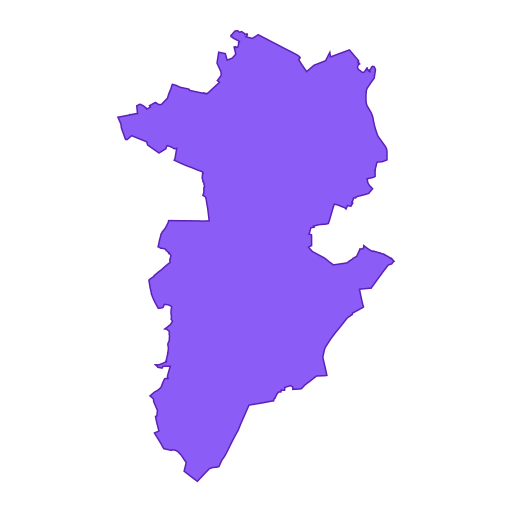 the district of Tumes pag., Tukums, Latvia
{"feature_id": "27541924B85005755814597", "entity_name": "Tumes pag.", "entity_type": "district", "adm_level": 2, "iso_a3": "LVA", "parent_name": "Latvia", "parent_adm1": "Tukums", "projection": "orthographic", "projection_center": [23.074, 56.953], "detail": "fine", "context": "isolated", "style": "filled", "palette": "violet", "viewbox_px": 512, "rotation_deg": 0, "n_neighbors": 0, "source": "geoboundaries", "source_scale": "gbopen_adm2", "svg_char_len": 5974}
<svg xmlns="http://www.w3.org/2000/svg" viewBox="0 0 512 512"><path d="M225.1,455.4L227.3,451.2L232.4,440.9L237.2,431.9L238.1,430.4L241.1,423.0L249.0,405.1L262.4,402.9L271.2,401.2L273.6,400.9L274.2,398.6L274.9,398.4L276.8,394.3L277.6,393.3L278.4,392.2L278.9,392.0L281.0,391.9L281.2,390.1L284.5,390.3L284.7,390.1L284.8,387.4L290.6,385.6L292.4,386.8L292.8,387.2L292.9,388.0L292.8,389.4L299.4,389.0L301.4,388.7L304.8,385.1L308.2,382.4L308.4,382.4L316.5,376.0L323.9,375.7L326.0,375.6L326.9,375.4L324.9,366.3L323.7,361.3L322.8,357.1L323.4,354.4L324.4,350.0L325.1,347.7L330.6,339.1L334.7,333.6L338.4,329.1L347.4,317.8L352.3,314.5L352.5,313.1L363.2,307.3L363.5,307.0L362.2,302.3L360.1,292.4L359.5,289.2L371.3,288.1L371.3,287.9L377.6,279.2L383.4,271.3L386.4,267.5L387.4,266.0L388.5,264.9L391.7,263.9L393.2,261.9L394.1,261.3L392.0,259.3L392.2,259.1L391.0,258.1L390.9,258.4L387.8,256.4L384.6,254.8L384.7,254.6L383.1,253.9L381.0,253.5L380.1,252.8L379.0,252.9L378.0,252.4L373.1,251.0L372.8,251.4L370.5,250.4L368.7,249.3L366.5,247.7L363.8,245.6L363.7,247.2L362.9,248.7L361.4,249.0L359.9,248.9L359.8,249.5L356.8,256.1L355.8,256.9L353.3,258.1L352.1,259.3L348.8,261.4L347.3,262.7L346.4,263.0L333.4,264.9L329.8,262.2L329.0,261.9L328.3,261.0L324.3,257.9L312.5,251.6L308.5,247.2L308.8,246.9L311.6,245.6L311.6,236.5L311.5,235.8L311.5,234.8L308.8,234.0L309.6,232.7L310.8,227.8L314.1,227.2L313.5,226.1L313.9,226.0L319.4,224.6L326.2,224.1L328.3,223.5L329.5,220.1L330.7,216.0L330.8,215.7L333.5,206.3L334.5,204.1L338.1,205.1L341.5,206.5L344.3,207.5L344.9,207.9L346.0,209.0L347.1,206.6L347.6,205.5L350.9,206.3L351.1,206.0L351.2,205.4L352.0,203.9L352.2,204.1L352.7,203.1L352.2,202.8L352.3,202.5L351.8,202.2L352.5,201.3L353.8,197.8L355.4,198.0L356.7,196.8L357.3,196.5L364.9,194.6L368.7,193.4L372.6,188.7L369.5,185.5L368.8,184.5L367.8,182.6L367.2,178.9L367.5,178.8L367.4,178.7L372.1,177.7L373.9,177.1L375.1,176.5L375.1,172.6L374.9,170.8L375.2,170.8L375.4,168.3L376.3,165.3L376.3,164.7L377.2,162.1L382.3,161.7L387.0,159.9L387.0,153.2L387.0,151.4L386.8,150.1L386.5,148.8L386.0,147.6L385.4,146.5L378.6,137.1L377.9,136.0L377.4,134.9L375.5,129.1L374.6,126.0L373.7,122.1L373.1,118.7L372.7,116.8L372.1,115.0L371.2,112.8L367.0,105.6L366.5,104.0L366.2,102.6L366.0,100.7L366.0,95.1L366.3,91.1L366.6,89.7L366.8,89.2L367.0,88.5L371.1,82.4L374.2,78.1L375.5,69.5L374.1,66.7L372.4,66.3L371.7,67.0L371.3,67.5L371.0,68.7L369.4,70.2L369.4,70.6L370.1,71.4L370.0,71.8L369.4,71.6L368.6,71.0L368.6,70.1L368.0,69.8L367.2,69.7L366.8,69.1L367.4,68.8L367.4,68.2L367.0,67.9L364.3,72.0L362.7,72.4L362.1,72.3L360.2,70.6L358.9,69.9L357.5,67.9L357.7,66.1L358.3,64.8L359.7,63.9L359.0,62.9L357.8,62.6L358.7,60.9L349.4,49.9L330.5,56.9L329.8,52.4L325.6,60.7L314.1,65.2L312.4,66.6L309.5,69.2L308.8,69.7L306.6,71.6L301.4,64.0L299.2,60.4L298.7,60.0L300.2,57.5L297.9,55.4L290.3,51.3L285.6,49.0L258.2,34.7L252.4,38.4L248.3,37.4L246.0,36.7L247.4,35.1L247.0,33.8L244.9,34.4L244.4,33.5L241.7,31.6L239.3,32.2L237.7,30.7L235.1,30.9L233.2,33.0L231.1,35.4L230.9,35.5L231.2,36.9L232.1,36.9L233.4,38.3L234.7,38.9L238.7,40.9L239.5,41.7L238.5,42.6L238.6,43.9L237.8,47.2L235.9,47.5L235.7,46.7L234.1,47.0L235.5,53.0L235.9,54.0L232.4,57.9L231.8,58.3L227.1,60.1L225.3,53.6L218.7,52.2L217.0,63.1L221.0,71.8L221.2,75.4L217.3,80.6L218.5,81.4L219.5,82.3L209.8,91.3L206.7,94.0L205.6,93.7L205.7,93.3L203.4,92.9L203.3,93.3L190.0,90.5L188.8,89.1L180.4,87.3L178.0,86.3L176.5,85.5L172.5,84.3L171.9,85.2L170.9,88.8L168.9,93.5L167.5,98.1L161.4,104.5L158.7,104.6L155.8,102.6L155.6,102.8L155.5,102.5L154.0,103.1L151.2,104.8L149.5,105.6L150.4,106.9L149.0,107.9L146.8,109.1L146.2,108.3L146.4,108.2L143.2,105.7L142.2,105.2L139.9,104.2L136.7,105.8L137.5,113.6L136.9,113.5L129.9,114.8L129.7,114.7L129.6,115.0L117.9,117.2L120.9,124.0L121.4,128.0L125.5,139.4L125.6,139.5L127.1,139.6L131.6,135.7L146.7,141.8L147.6,145.0L159.0,153.0L166.0,148.7L166.2,147.4L167.3,145.6L171.6,147.1L174.3,148.8L176.7,148.4L175.0,158.5L174.2,160.2L181.8,163.7L187.0,165.9L190.8,167.3L191.2,167.4L196.5,169.6L202.7,171.9L202.6,172.4L202.7,172.9L203.1,173.4L202.5,173.9L202.4,174.3L202.4,176.3L202.2,176.9L202.2,178.3L202.7,179.6L202.9,180.5L202.8,181.1L202.9,181.5L203.6,182.4L203.9,183.2L203.9,184.1L204.1,184.8L204.6,186.9L203.8,187.8L203.9,188.0L203.8,190.7L204.0,191.9L202.9,195.4L205.0,196.6L205.9,197.9L206.3,200.4L207.7,208.5L209.2,220.8L203.5,221.1L197.4,220.9L168.6,220.6L168.6,221.1L168.1,222.7L165.3,228.2L163.3,230.7L162.0,232.2L162.0,232.7L161.0,234.1L160.6,236.2L159.6,239.8L158.1,246.8L159.0,247.1L160.6,248.2L162.7,248.4L165.0,248.9L165.8,249.7L166.2,250.6L167.1,251.0L167.7,251.8L168.3,252.3L168.9,252.5L168.7,253.4L169.9,254.0L171.0,255.6L170.1,258.9L169.7,259.8L170.2,262.4L168.5,263.6L164.8,266.7L160.8,270.3L159.9,270.8L154.1,275.6L154.2,276.1L152.4,277.5L150.2,278.9L148.9,280.1L150.1,287.7L151.3,292.7L151.3,293.8L151.8,294.9L152.3,296.4L153.8,300.0L156.3,304.8L158.3,308.3L162.3,307.8L163.1,307.3L164.3,304.4L168.3,304.8L170.6,305.9L171.5,306.6L171.5,308.8L171.1,309.2L171.0,312.0L171.0,313.6L171.5,316.8L171.1,319.2L172.3,320.8L172.4,321.5L170.0,325.0L169.0,325.6L167.5,327.0L164.8,328.9L166.9,329.3L169.2,331.4L169.4,332.5L169.1,333.6L169.5,335.9L169.2,340.9L168.1,343.0L167.8,344.7L168.4,347.8L167.9,352.9L167.7,352.9L167.7,353.8L166.8,357.9L166.4,359.3L166.3,359.9L166.3,360.4L166.5,361.1L165.8,361.3L166.3,361.9L159.2,364.7L157.9,364.9L155.4,364.8L155.7,365.2L156.5,365.5L157.8,367.3L162.1,368.1L163.3,366.2L170.2,366.3L167.4,376.3L168.1,378.4L167.8,378.8L166.9,378.3L164.6,378.7L162.7,382.9L161.0,387.4L157.9,390.2L154.3,392.2L150.0,395.9L153.3,398.7L153.8,402.0L157.4,410.3L156.9,415.9L155.5,416.4L156.0,419.2L157.2,424.3L158.9,431.0L154.4,433.0L159.9,441.8L163.8,448.7L171.5,450.4L172.3,449.7L175.3,450.3L177.5,451.3L181.1,455.0L186.2,462.6L184.1,471.2L193.5,478.5L197.4,481.3L197.9,480.8L198.5,480.1L205.5,472.7L209.6,468.5L211.6,467.9L212.2,467.6L217.2,467.1L218.9,466.6L222.0,459.8L223.5,457.9L225.1,455.4Z" fill="#8b5cf6" stroke="#5b21b6" stroke-width="1.5"/></svg>